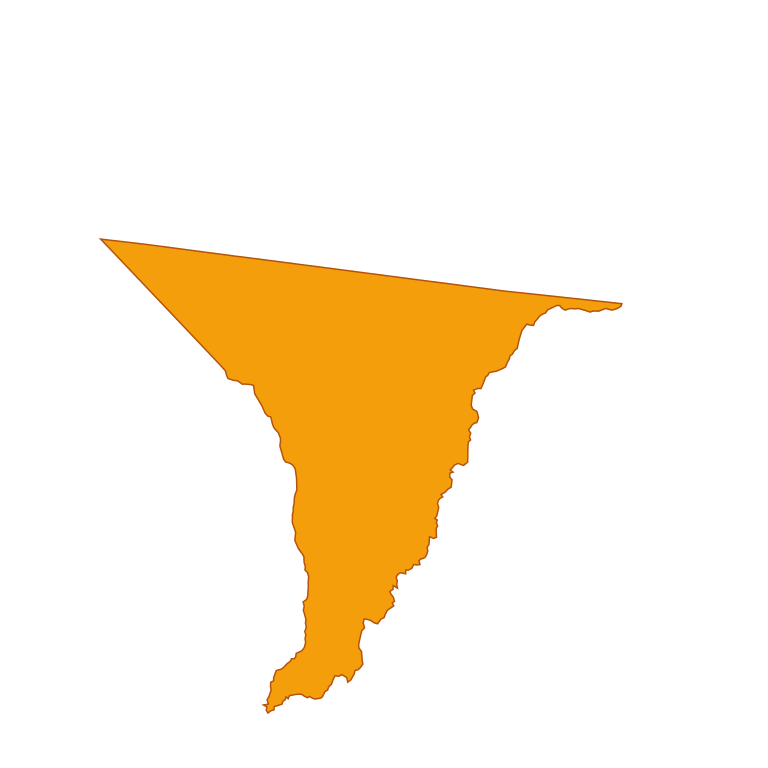 Novo Planalto, Goiás, Brazil (Natural Earth projection), rotated 334°
{"feature_id": "56859067B70004024214037", "entity_name": "Novo Planalto", "entity_type": "district", "adm_level": 2, "iso_a3": "BRA", "parent_name": "Brazil", "parent_adm1": "Goiás", "projection": "natural_earth1", "projection_center": [-49.753, -13.241], "detail": "fine", "context": "isolated", "style": "filled", "palette": "amber", "viewbox_px": 768, "rotation_deg": 334, "n_neighbors": 0, "source": "geoboundaries", "source_scale": "gbopen_adm2", "svg_char_len": 3507}
<svg xmlns="http://www.w3.org/2000/svg" viewBox="0 0 768 768"><g transform="rotate(334 384 384)"><path d="M192.8,129.5L196.9,142.2L233.2,257.3L244.5,293.3L247.2,302.5L246.3,307.7L246.2,310.7L250.7,315.0L253.9,317.1L256.5,322.0L259.0,323.1L264.1,326.2L266.1,328.1L263.5,336.2L264.7,349.7L264.4,358.4L265.5,361.9L267.8,364.0L266.2,371.0L265.9,374.3L266.3,376.9L267.7,381.6L267.2,387.0L266.2,389.5L263.3,394.0L260.8,407.7L261.4,411.0L263.6,412.9L265.3,414.8L266.7,417.6L267.0,421.4L264.1,430.3L260.5,438.2L259.2,441.1L255.9,444.1L253.6,447.0L250.4,452.7L248.6,454.6L246.7,458.5L244.4,461.2L242.5,465.2L240.9,468.1L239.6,478.5L235.3,485.5L234.9,494.7L236.2,501.4L236.2,504.3L234.0,509.3L233.3,513.5L231.4,516.5L232.6,520.1L231.8,524.1L228.8,529.3L227.0,533.2L225.4,535.9L222.4,541.3L219.9,543.7L215.7,544.4L215.0,548.6L212.3,552.0L211.7,555.9L210.6,561.6L208.5,564.6L208.0,567.4L206.4,569.8L204.3,571.7L203.8,575.0L201.3,578.6L200.3,581.9L197.0,585.8L193.0,587.8L187.0,587.6L184.9,590.7L182.7,591.6L180.4,590.4L178.5,592.1L174.5,592.8L170.5,594.4L166.9,595.3L161.6,594.3L156.2,599.4L154.6,602.4L151.4,602.4L149.4,606.1L148.4,609.6L143.8,614.2L140.4,616.7L139.8,621.0L135.0,619.7L137.2,623.0L135.2,625.4L135.4,628.8L139.6,628.1L142.2,628.7L144.0,625.7L146.9,626.4L152.1,627.0L154.1,624.8L156.4,624.6L158.8,622.2L159.8,624.9L162.4,622.7L168.2,624.2L170.9,625.2L174.0,626.7L175.3,629.3L177.6,632.4L180.3,632.3L181.8,634.8L183.7,636.8L189.0,638.5L191.4,638.2L196.1,634.6L199.2,634.3L201.6,631.9L205.2,630.8L208.3,627.7L212.1,624.7L215.0,626.8L218.8,626.8L221.8,631.5L220.7,636.1L224.5,635.4L230.2,631.5L232.3,628.8L235.3,629.4L238.0,628.7L242.2,626.5L243.6,621.8L246.5,614.6L245.8,610.3L246.9,607.2L251.8,600.9L255.9,596.0L259.6,594.6L260.6,589.5L263.3,586.4L266.5,588.9L268.4,590.7L270.4,594.3L273.1,596.7L278.4,593.9L281.7,594.0L284.2,591.5L288.0,588.8L295.5,587.7L295.5,584.4L298.2,583.9L298.9,579.7L298.2,575.8L298.2,573.1L302.1,572.5L303.9,569.2L306.6,573.4L307.4,570.1L309.6,566.8L310.2,563.0L313.3,561.0L316.2,560.9L320.3,564.1L322.0,560.7L324.3,562.0L328.2,561.9L331.6,559.2L334.0,561.0L337.2,562.0L337.9,558.2L340.2,557.4L342.9,558.0L345.2,557.7L347.7,555.9L350.0,553.5L351.3,549.5L354.1,547.9L358.0,541.2L360.9,544.6L364.1,544.7L365.5,541.1L367.8,536.5L369.9,535.2L370.4,531.4L372.3,529.6L370.7,527.2L373.8,525.5L379.0,519.0L379.7,515.0L381.5,512.7L384.3,511.3L387.3,511.2L386.8,508.3L391.7,508.0L395.1,506.6L399.1,506.2L403.2,499.9L402.3,496.5L404.1,493.0L407.4,493.5L405.9,490.2L409.0,489.2L411.5,487.8L415.7,487.8L419.8,492.1L425.0,490.8L432.7,475.7L434.6,473.0L437.3,472.3L437.7,468.8L440.4,466.2L439.9,462.2L442.4,461.2L445.3,459.4L447.9,458.8L450.5,459.4L454.2,455.8L455.5,449.4L452.7,445.3L453.1,441.2L458.3,433.2L461.9,431.9L461.7,428.7L466.3,429.1L469.2,430.6L473.5,426.9L478.6,422.1L481.0,421.8L483.3,420.0L485.9,420.4L490.8,421.8L497.4,422.1L500.7,421.9L503.8,419.1L507.2,416.7L509.7,413.9L512.6,413.4L516.1,411.0L519.2,410.5L525.2,403.0L531.4,396.4L538.5,392.8L541.0,395.0L544.1,396.9L546.9,394.2L549.7,393.1L553.2,391.4L556.0,390.7L560.5,390.9L563.5,389.1L573.7,389.2L576.2,390.4L577.3,394.3L579.2,397.0L584.0,397.6L589.5,400.6L591.8,401.3L597.1,406.1L600.8,409.7L604.0,410.1L609.1,412.7L616.6,413.3L619.7,416.3L621.9,417.7L626.6,418.4L631.1,418.0L633.0,416.1L581.7,383.8L532.1,352.7L501.7,332.6L490.7,325.3L462.1,306.5L357.7,237.6L310.3,206.4L305.7,203.5L301.2,200.4L283.3,188.6L232.1,154.7L205.8,137.8L202.4,135.7L192.8,129.5Z" fill="#f59e0b" stroke="#b45309" stroke-width="1.5"/></g></svg>